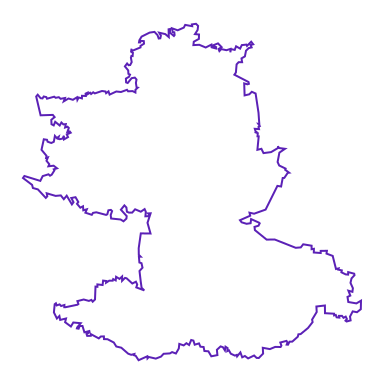 Soledad de Doblado, Veracruz, Mexico
{"feature_id": "50627088B9477329295961", "entity_name": "Soledad de Doblado", "entity_type": "district", "adm_level": 2, "iso_a3": "MEX", "parent_name": "Mexico", "parent_adm1": "Veracruz", "projection": "mercator", "projection_center": [-96.46, 19.061], "detail": "fine", "context": "isolated", "style": "outline", "palette": "violet", "viewbox_px": 384, "rotation_deg": 0, "n_neighbors": 0, "source": "geoboundaries", "source_scale": "gbopen_adm2", "svg_char_len": 5823}
<svg xmlns="http://www.w3.org/2000/svg" viewBox="0 0 384 384"><path d="M78.6,328.7L79.7,326.0L82.5,326.0L84.4,332.3L89.3,331.0L89.6,332.4L86.5,333.9L87.2,335.9L90.8,335.8L91.0,334.2L98.8,338.4L100.8,336.5L103.9,336.4L104.0,339.1L107.5,339.2L113.8,342.5L116.3,346.5L121.3,347.7L128.2,353.7L131.2,354.8L134.3,354.0L133.9,355.2L135.7,355.8L138.6,360.2L147.3,356.3L147.5,358.4L148.8,357.0L155.8,358.6L161.0,356.6L163.6,353.8L169.9,353.4L172.1,352.1L175.9,353.5L178.8,348.5L179.3,343.9L183.7,345.4L186.4,343.2L189.1,345.0L191.2,340.0L193.4,340.6L194.7,344.7L199.0,343.4L200.4,346.7L203.6,347.0L204.4,351.0L208.4,351.3L211.3,356.3L217.4,355.1L216.9,349.8L220.6,346.4L222.9,347.2L224.9,350.4L225.5,346.7L227.6,348.1L227.3,351.1L228.9,350.3L230.8,353.7L234.9,355.6L236.7,354.9L237.1,356.4L240.4,352.4L242.2,357.3L244.9,356.0L248.1,358.4L254.1,355.5L256.6,357.9L258.8,358.0L263.1,353.6L262.8,347.8L269.9,349.1L275.2,346.9L280.6,347.0L281.4,345.6L280.3,342.5L286.5,340.9L287.5,342.7L286.7,344.6L288.0,344.7L289.5,341.7L292.3,341.6L297.8,336.7L298.4,334.3L300.6,334.1L308.0,328.0L312.6,322.1L312.1,319.6L316.7,312.0L316.4,306.5L324.9,305.5L325.0,313.2L334.1,313.7L334.1,315.4L335.8,315.0L336.6,317.3L339.3,317.6L339.0,315.9L342.0,315.9L343.5,317.8L345.7,316.6L346.9,319.0L345.5,320.7L346.6,321.5L350.6,320.4L350.0,316.6L352.7,311.4L357.0,312.2L360.8,309.2L361.0,300.7L356.4,303.4L348.3,302.0L347.5,296.9L350.3,295.6L348.4,290.7L352.4,291.8L352.9,288.2L350.5,282.9L351.5,278.4L354.5,275.2L354.2,273.7L348.2,272.1L348.1,274.6L345.7,274.4L341.4,272.3L341.8,270.4L338.2,269.6L338.6,268.4L336.0,269.0L332.7,255.9L326.5,253.6L326.9,250.8L320.7,250.9L320.7,253.0L313.8,252.5L313.9,248.8L311.6,249.2L311.6,245.7L303.2,244.3L300.8,247.4L295.7,247.8L274.7,239.5L266.6,239.6L254.9,230.1L254.5,226.9L258.5,225.7L259.7,223.3L258.9,222.6L251.1,219.1L250.6,223.2L246.6,223.8L241.6,222.3L240.0,220.2L250.2,215.7L249.5,212.7L254.1,213.7L265.6,209.6L277.4,185.9L281.1,186.5L282.7,178.0L284.3,177.9L287.7,172.9L289.1,172.7L285.2,169.8L285.6,168.6L279.2,165.5L277.6,162.0L279.4,152.6L285.0,148.8L278.9,148.0L278.0,146.2L278.0,148.0L271.1,152.1L263.5,153.1L261.4,148.8L257.4,149.8L258.7,136.4L257.5,136.3L257.8,133.2L256.2,132.6L257.4,131.9L255.8,132.2L254.8,128.8L259.0,129.1L258.5,126.9L259.8,126.1L258.3,123.9L259.3,124.1L258.5,112.7L255.6,93.5L251.8,91.8L249.3,94.3L244.6,95.4L244.2,83.4L247.4,84.3L248.9,83.8L248.5,82.0L234.4,74.7L235.9,72.5L236.6,64.4L238.6,62.2L242.1,62.2L241.5,58.4L244.9,56.4L246.0,50.7L248.7,48.1L251.6,47.4L250.5,45.0L253.2,44.3L251.2,41.7L247.0,45.9L246.4,44.6L241.8,45.1L240.1,48.6L236.1,46.3L234.7,49.9L231.0,49.1L230.3,52.3L230.5,48.9L226.5,50.2L221.3,49.1L219.4,51.1L218.5,49.0L221.6,47.1L218.0,43.4L212.1,45.7L216.1,47.1L216.0,48.5L211.6,47.3L211.4,44.6L205.7,47.5L199.3,44.8L193.4,45.1L193.8,41.7L198.9,38.9L199.0,34.5L195.0,34.1L197.6,30.0L198.1,25.9L196.0,23.8L191.9,24.4L192.2,26.2L185.2,24.9L183.8,27.6L177.7,30.3L172.0,28.3L172.7,32.1L174.3,32.3L174.6,35.1L173.9,36.0L169.9,32.6L170.1,29.0L168.6,29.3L168.8,37.1L165.3,34.1L159.2,32.7L160.9,35.6L160.3,38.3L158.7,38.5L157.5,35.1L154.5,31.9L149.6,32.6L141.6,36.6L139.4,40.2L139.0,42.4L140.2,42.4L140.1,40.8L143.8,41.1L144.0,43.7L140.5,45.9L140.5,47.4L133.0,50.5L132.2,50.4L131.6,49.6L131.4,49.6L131.1,51.7L132.9,52.8L132.6,56.1L131.4,56.0L130.9,57.7L131.7,62.1L130.2,65.0L128.6,65.2L127.1,63.5L124.9,66.4L128.2,70.4L128.4,73.8L130.0,74.6L129.0,76.8L125.9,78.6L126.1,82.4L127.7,83.0L131.6,78.2L134.8,77.6L136.5,79.5L135.9,82.9L136.6,87.5L137.7,87.7L135.5,89.7L135.4,92.5L132.6,91.1L128.1,91.3L127.0,89.8L121.0,92.0L116.3,91.5L109.6,94.6L108.5,91.4L106.1,93.2L105.5,91.5L102.0,91.0L94.8,93.4L93.2,92.3L91.1,94.0L90.1,92.7L87.6,94.2L87.7,92.6L85.6,93.6L85.8,96.0L82.0,95.8L81.9,98.4L78.7,97.5L77.4,99.9L77.0,97.3L72.9,99.8L68.5,98.5L63.8,101.3L65.0,98.0L60.6,98.8L58.8,97.2L55.7,97.8L54.2,96.7L47.0,98.7L46.3,97.1L43.7,96.5L42.5,98.4L40.6,98.2L37.7,94.7L36.2,96.5L40.6,115.3L52.8,114.9L54.6,117.1L51.3,119.8L51.5,124.2L53.7,125.4L55.2,121.8L59.7,125.5L61.4,122.5L63.4,124.4L65.8,124.1L65.1,127.5L67.5,126.7L68.8,128.0L67.4,131.9L69.7,131.4L70.7,132.7L66.8,134.4L68.0,137.1L64.0,139.4L63.9,135.8L62.5,138.6L59.8,139.2L58.1,138.8L58.7,136.7L56.8,138.1L54.9,135.9L53.8,141.8L51.2,143.0L47.6,141.7L47.0,139.8L43.8,139.3L41.5,149.8L46.5,155.8L46.1,157.9L47.9,157.4L46.5,160.8L49.3,164.2L48.4,166.3L53.6,165.7L57.0,168.3L53.8,169.3L54.4,170.4L51.7,174.7L50.0,175.7L48.5,174.3L42.7,176.1L40.3,180.9L24.4,176.0L23.0,178.0L32.1,184.9L32.9,188.0L37.9,189.4L45.8,197.9L47.3,196.3L46.7,193.3L55.6,195.9L60.8,195.4L63.8,199.2L66.7,195.7L71.9,204.4L73.5,202.2L71.3,198.0L75.5,197.2L78.3,202.0L77.0,203.8L80.3,207.7L83.0,206.3L83.3,210.3L86.8,209.3L85.4,212.7L91.8,214.8L93.0,212.9L96.3,212.3L106.1,214.9L107.3,214.3L108.4,210.3L110.9,209.9L112.1,211.1L110.7,215.0L111.1,218.5L120.6,219.5L123.5,221.3L126.4,218.6L126.7,216.1L120.9,209.7L124.4,205.4L126.4,207.5L126.9,211.7L128.9,212.6L132.2,212.6L135.1,209.3L140.8,211.7L144.6,209.1L145.8,211.8L145.4,216.3L148.2,216.2L149.6,214.8L148.1,213.4L150.6,213.3L147.5,222.8L150.5,233.5L140.8,233.4L138.7,248.2L138.8,254.8L140.7,256.7L138.9,256.7L139.4,262.5L141.5,263.2L142.5,267.7L139.5,271.0L140.7,281.3L141.6,287.8L144.3,290.4L136.3,287.4L137.2,284.5L135.9,281.7L132.3,283.5L126.6,278.3L125.0,277.9L122.1,280.8L122.1,276.5L119.5,278.9L116.1,276.8L115.7,280.4L113.2,279.1L112.7,280.7L109.2,280.7L106.1,282.7L106.3,281.0L103.1,280.6L102.6,285.0L97.4,284.4L97.4,286.8L95.5,286.6L95.0,299.5L92.7,301.7L91.4,299.9L88.9,300.9L83.7,299.5L77.4,301.1L78.4,304.0L77.5,304.7L65.6,307.2L64.3,307.2L64.4,305.0L61.1,306.0L59.6,304.4L56.7,305.4L55.9,303.3L54.7,304.2L53.9,312.4L56.9,318.5L59.4,316.0L60.2,319.9L66.0,318.5L65.1,322.2L70.9,326.5L73.3,322.5L80.7,323.2L77.2,327.4L76.9,328.4L78.6,328.7Z" fill="none" stroke="#5b21b6" stroke-width="2"/></svg>